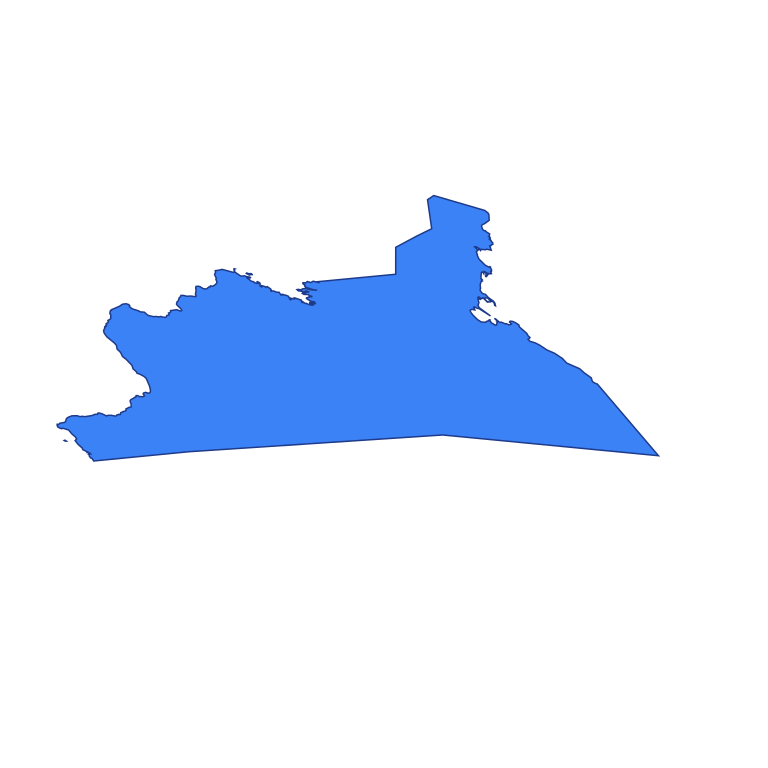 the district of Reykjanesbær, Suðurnes, Iceland, rotated 27°
{"feature_id": "244011B48140939724428", "entity_name": "Reykjanesbær", "entity_type": "district", "adm_level": 2, "iso_a3": "ISL", "parent_name": "Iceland", "parent_adm1": "Suðurnes", "projection": "equal_earth", "projection_center": [-22.621, 63.919], "detail": "fine", "context": "isolated", "style": "filled", "palette": "blue", "viewbox_px": 768, "rotation_deg": 27, "n_neighbors": 0, "source": "geoboundaries", "source_scale": "gbopen_adm2", "svg_char_len": 6172}
<svg xmlns="http://www.w3.org/2000/svg" viewBox="0 0 768 768"><g transform="rotate(27 384 384)"><path d="M574.1,287.2L571.9,287.5L569.2,287.3L568.3,286.9L565.8,284.4L557.5,283.2L551.5,281.6L537.3,282.4L531.5,280.3L522.1,279.2L513.7,279.7L505.0,278.7L500.2,278.7L494.4,279.7L492.0,278.7L492.9,277.3L493.0,276.4L492.7,276.2L490.4,275.6L488.3,274.1L478.7,271.7L477.4,270.2L473.9,269.7L470.4,269.8L468.3,270.5L467.7,271.1L467.7,271.8L470.3,272.6L469.5,274.0L468.2,274.6L465.7,274.7L463.9,275.5L460.4,275.6L459.6,276.4L458.6,276.5L454.1,275.4L452.6,275.4L457.1,276.6L456.3,277.5L456.9,277.7L457.4,280.4L456.9,281.0L451.5,280.7L450.8,280.0L449.3,279.7L449.5,278.8L449.0,278.8L448.6,279.1L448.7,279.9L446.7,282.0L446.6,282.9L442.5,284.6L438.4,284.2L432.4,282.4L429.1,280.9L427.9,280.0L427.3,279.0L428.5,277.5L431.3,276.8L429.1,274.9L429.2,274.4L432.7,274.2L434.7,273.7L448.0,275.0L434.1,272.8L432.0,271.1L431.7,268.5L429.3,265.8L430.0,265.1L432.3,264.6L428.5,264.5L428.5,263.9L429.0,263.4L431.8,263.8L433.5,262.4L439.0,264.1L440.0,263.3L439.6,263.2L438.8,263.8L433.6,262.2L437.2,260.3L441.6,261.9L441.0,262.7L441.3,262.8L442.8,261.0L443.8,261.2L445.7,262.1L446.9,263.7L447.8,263.7L446.2,261.7L444.1,260.6L437.7,259.6L433.7,258.1L431.3,258.6L429.9,258.4L427.4,257.1L426.6,255.9L426.7,255.1L424.6,251.9L424.0,248.5L424.9,247.5L423.7,247.0L424.0,246.4L422.3,245.8L420.2,240.6L421.0,239.3L422.8,240.4L422.6,239.9L421.4,239.3L422.8,238.8L423.3,239.2L422.9,238.6L424.0,238.9L423.7,238.3L425.1,238.5L424.4,238.7L425.6,238.4L425.0,239.4L425.7,242.0L426.2,242.0L426.0,241.2L426.8,240.8L426.8,238.8L429.6,236.9L428.1,235.8L427.9,235.3L428.6,235.1L428.6,234.7L427.7,233.1L426.2,232.3L425.8,231.4L424.9,231.4L424.5,232.3L420.2,232.2L412.0,229.6L408.8,227.1L408.6,226.5L406.2,224.2L407.0,222.0L408.0,220.9L407.5,220.8L406.3,221.9L402.5,220.7L403.4,219.9L407.4,220.1L408.5,220.3L409.4,221.1L409.6,219.9L413.7,218.2L414.1,217.3L418.8,216.1L415.5,212.8L416.5,212.2L416.8,210.9L417.6,210.1L416.5,208.6L415.2,208.5L414.7,207.9L412.1,207.1L412.9,206.5L411.8,205.7L412.0,205.4L410.4,205.0L410.9,204.5L410.4,204.0L410.0,202.3L406.2,202.0L404.7,201.4L403.6,201.9L401.9,201.6L399.4,199.3L399.1,198.6L399.2,197.4L400.9,195.4L403.4,190.4L400.7,185.7L399.4,184.5L395.1,183.6L342.8,193.5L339.1,200.0L356.0,224.0L346.1,237.2L332.4,256.9L344.6,280.9L278.2,323.1L280.7,323.0L274.2,324.6L272.8,326.8L269.2,327.5L268.3,329.4L265.8,330.6L266.3,331.5L268.9,331.8L268.8,332.7L270.0,333.3L277.9,332.2L281.8,330.8L277.6,332.7L270.5,334.6L267.9,336.5L268.1,337.6L264.6,338.6L263.6,339.4L265.4,339.9L267.6,339.0L270.2,338.6L271.1,338.2L272.0,336.6L274.9,335.9L274.9,336.4L273.2,337.1L272.7,338.5L270.1,339.8L270.0,340.4L272.0,340.5L275.9,338.7L277.5,339.0L279.9,338.7L279.9,339.2L277.5,339.9L277.9,340.7L275.9,342.3L275.9,342.8L277.4,343.3L281.9,343.4L284.8,342.4L286.1,343.4L280.8,345.1L281.2,345.8L285.2,345.4L284.8,346.1L282.5,347.0L279.3,347.5L278.4,347.3L277.2,348.0L275.6,347.8L274.0,348.6L273.3,348.1L274.2,347.6L272.7,347.4L272.2,346.8L265.6,347.8L265.3,347.9L265.9,348.2L265.5,349.1L263.0,349.6L262.7,350.0L262.9,350.8L262.3,351.5L261.3,351.1L262.1,350.0L259.9,349.9L258.8,349.2L255.4,349.6L254.8,350.1L253.2,350.0L252.6,350.4L253.6,350.6L252.2,350.9L251.9,351.5L248.8,349.9L247.1,350.8L243.2,351.3L241.3,352.6L240.8,352.4L241.0,351.5L239.9,350.8L235.7,350.2L235.0,351.6L234.0,351.2L230.2,351.9L230.1,352.5L231.0,352.9L230.8,353.2L228.8,352.8L228.2,350.9L227.0,350.2L224.7,350.3L224.5,350.7L226.0,351.6L223.8,352.5L221.1,352.1L219.3,352.7L216.0,352.0L215.5,351.5L214.5,351.9L213.9,351.6L215.0,350.6L216.6,350.3L216.7,349.7L216.2,349.6L212.4,350.8L210.6,350.9L208.1,352.6L206.4,352.8L200.1,351.9L198.5,349.5L198.8,349.2L198.1,349.3L198.0,349.6L199.5,351.6L199.6,352.5L199.3,352.9L187.6,355.4L185.3,357.5L182.2,359.6L183.2,361.0L183.3,363.3L186.7,366.1L186.7,367.1L188.8,368.9L189.2,370.0L188.5,372.3L187.1,374.6L184.8,375.4L185.0,376.5L184.0,376.9L182.6,380.0L179.8,381.1L175.8,380.8L174.1,381.2L172.2,382.4L172.6,383.9L174.2,386.2L175.2,389.6L176.7,390.8L176.3,391.8L171.6,393.5L168.8,395.2L164.9,396.2L162.9,397.2L163.0,398.7L162.4,399.9L162.9,403.3L162.3,404.8L162.8,407.0L164.0,407.7L168.9,409.2L170.4,410.2L169.8,411.4L165.6,411.9L160.5,415.5L161.1,416.2L161.0,417.3L159.8,418.6L161.0,419.6L161.1,420.2L159.4,421.5L159.5,422.9L159.1,423.8L156.3,424.9L154.5,425.1L153.0,426.4L150.0,427.4L148.5,428.5L143.4,429.8L141.9,429.9L137.9,428.8L134.0,430.4L132.2,430.2L125.8,431.3L122.5,430.8L122.0,430.6L121.9,429.7L120.5,429.1L117.7,429.6L114.7,431.7L112.9,435.0L107.3,441.7L107.7,442.1L106.9,443.2L107.8,445.8L109.2,446.4L110.7,449.7L110.5,450.8L109.1,452.7L110.3,453.8L109.1,456.5L110.0,457.0L109.5,457.9L110.2,458.8L109.2,459.5L109.3,460.3L109.8,460.6L109.9,463.8L111.6,465.7L115.6,467.8L125.3,469.9L128.0,471.0L130.4,474.1L135.0,475.5L138.5,478.2L143.2,479.1L151.1,481.9L153.5,484.4L157.7,485.5L159.2,486.6L161.5,486.1L166.7,486.2L169.6,487.0L175.9,492.2L178.3,495.0L179.2,496.4L179.4,497.7L179.2,498.5L178.1,499.2L175.3,499.7L173.8,501.3L173.9,502.2L176.0,503.3L175.1,504.7L171.5,506.3L170.0,506.1L168.4,506.9L168.8,508.5L167.8,509.1L167.2,510.6L165.7,512.5L165.3,513.9L166.0,515.1L167.8,516.6L169.1,519.2L166.8,521.2L166.6,522.1L165.6,522.9L165.4,523.4L166.1,524.7L165.9,525.5L163.9,527.1L163.8,527.7L162.5,528.9L162.9,531.0L161.3,531.5L161.1,532.1L160.1,532.7L159.9,534.0L159.0,534.6L155.0,535.8L151.9,537.5L151.4,538.4L145.9,538.6L142.9,539.3L142.3,539.8L142.5,541.0L139.9,542.5L138.4,544.5L132.0,549.1L130.1,549.6L127.9,551.1L124.9,551.6L120.3,554.1L117.4,557.4L116.8,559.0L117.2,562.2L116.8,563.2L112.8,566.3L112.5,567.9L111.1,568.2L111.3,569.0L112.7,570.3L113.9,570.5L116.9,570.3L118.0,569.2L123.8,568.2L128.9,570.3L133.1,571.3L135.1,572.5L134.5,574.7L138.8,576.7L144.4,578.1L145.3,579.2L150.4,579.2L151.0,579.3L150.9,579.6L152.1,579.0L154.3,579.5L151.8,580.9L153.4,580.7L154.1,582.0L156.3,583.1L157.3,582.7L160.3,584.4L241.1,532.8L459.4,402.8L661.1,323.3L574.1,287.2ZM215.6,347.0L216.9,346.5L216.9,346.2L215.3,346.0L213.3,347.2L211.3,347.4L211.1,348.0L214.5,348.1L215.6,347.0ZM126.9,579.1L125.2,578.9L124.7,579.5L126.1,579.6L126.9,579.1Z" fill="#3b82f6" stroke="#1e3a8a" stroke-width="1.5"/></g></svg>